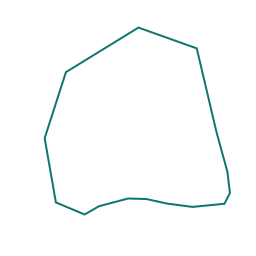 map outline of Yevlakh (Equal Earth projection), rotated 77°
{"feature_id": "AZE-5566", "entity_name": "Yevlakh", "entity_type": "Municipality", "adm_level": 1, "iso_a3": "AZE", "parent_name": "Azerbaijan", "parent_adm1": "", "projection": "equal_earth", "projection_center": [47.164, 40.605], "detail": "fine", "context": "isolated", "style": "outline", "palette": "teal", "viewbox_px": 256, "rotation_deg": 77, "n_neighbors": 0, "source": "natural_earth", "source_scale": "10m", "svg_char_len": 346}
<svg xmlns="http://www.w3.org/2000/svg" viewBox="0 0 256 256"><g transform="rotate(77 128 128)"><path d="M193.0,41.0L214.3,43.3L223.5,51.1L219.4,82.9L210.5,106.8L201.3,126.2L196.7,143.9L197.7,173.9L202.5,189.8L184.3,215.0L119.2,211.5L59.6,175.9L32.5,95.3L65.9,43.1L152.2,42.7L193.0,41.0Z" fill="none" stroke="#0f766e" stroke-width="2"/></g></svg>